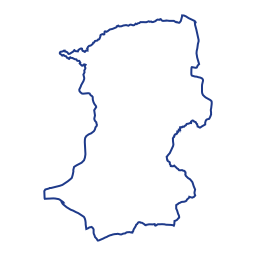 outline of Kenedougou, Kénédougou, Burkina Faso
{"feature_id": "67063806B9375485614542", "entity_name": "Kenedougou", "entity_type": "district", "adm_level": 2, "iso_a3": "BFA", "parent_name": "Burkina Faso", "parent_adm1": "Kénédougou", "projection": "albers", "projection_center": [-4.927, 11.414], "detail": "fine", "context": "isolated", "style": "outline", "palette": "blue", "viewbox_px": 256, "rotation_deg": 0, "n_neighbors": 0, "source": "geoboundaries", "source_scale": "gbopen_adm2", "svg_char_len": 5737}
<svg xmlns="http://www.w3.org/2000/svg" viewBox="0 0 256 256"><path d="M182.1,15.4L182.0,16.7L180.8,21.0L179.6,22.5L179.1,22.8L177.1,22.3L176.9,22.1L176.7,22.3L175.8,22.1L173.9,20.9L169.6,20.9L166.3,20.5L166.2,20.7L162.9,20.9L161.9,20.5L161.3,20.0L160.8,19.2L160.3,19.1L159.4,19.8L157.5,19.6L156.4,20.2L155.5,21.1L153.2,22.0L152.0,22.1L151.1,21.5L149.8,21.8L148.8,21.3L146.3,22.2L140.4,22.1L139.4,23.0L137.7,23.4L136.8,24.1L136.3,24.1L135.7,23.7L134.2,25.1L133.1,25.3L131.1,24.7L130.1,24.7L128.4,25.7L126.1,25.1L123.4,25.5L121.3,26.3L119.2,26.4L118.3,25.6L117.6,25.9L117.5,26.2L116.8,26.3L116.7,26.9L116.1,27.4L112.5,28.9L109.8,29.5L107.5,31.3L106.4,31.8L105.8,31.4L104.9,31.4L104.6,31.7L104.3,34.3L103.7,34.5L102.4,34.1L100.7,34.9L100.4,35.4L100.4,36.4L99.5,38.8L98.9,39.4L98.1,39.5L97.4,40.5L95.0,41.0L94.0,42.6L93.2,42.7L92.6,44.1L90.6,45.6L89.2,45.8L88.0,46.9L87.2,48.5L87.6,48.7L87.7,49.1L87.3,50.0L87.5,50.6L85.7,50.7L84.9,51.9L84.5,51.9L83.8,51.1L82.7,50.9L82.3,50.3L82.0,48.7L81.7,48.5L80.5,48.6L78.5,49.9L77.9,51.4L75.3,51.1L74.4,50.1L74.2,50.2L73.3,51.5L69.7,53.8L68.5,53.9L67.4,52.4L66.3,51.7L65.2,51.6L64.8,50.6L63.7,50.7L63.4,51.1L61.9,51.6L60.5,51.8L59.9,52.5L59.8,53.3L60.2,54.0L61.6,54.8L62.2,55.6L62.6,55.6L63.3,55.0L63.8,55.1L64.5,55.9L66.1,56.3L66.9,57.7L67.7,57.8L68.4,58.6L69.1,58.9L69.5,58.4L69.7,57.7L70.2,57.3L70.8,57.8L72.6,58.0L73.1,58.4L75.1,59.3L76.4,59.4L77.2,60.7L77.8,60.9L79.3,60.9L80.3,62.6L79.7,63.5L81.8,65.6L82.4,65.7L83.8,64.5L84.6,64.4L85.6,64.8L84.7,66.3L85.4,68.0L85.3,68.6L84.3,70.5L84.5,72.4L83.4,74.6L84.2,77.8L84.2,78.9L83.5,81.0L81.1,85.3L80.8,86.4L79.3,89.5L79.4,90.9L80.4,92.3L81.9,93.5L83.0,93.7L88.2,93.2L89.6,93.5L90.7,95.3L91.8,95.9L92.7,97.0L92.8,99.6L93.4,101.9L94.3,103.8L96.0,106.2L96.2,107.1L94.2,110.2L95.0,115.5L94.3,118.4L94.4,119.4L94.9,120.7L96.3,122.3L96.5,123.7L96.9,124.6L96.7,125.9L95.5,127.3L94.9,129.5L93.9,131.2L91.2,133.3L88.6,134.4L86.3,136.1L85.2,137.9L84.9,139.5L84.8,142.1L85.4,153.3L85.4,154.6L84.9,157.7L84.0,160.3L81.6,162.7L76.6,165.3L74.1,166.9L73.3,170.0L73.4,171.4L72.7,174.9L71.8,177.9L70.4,179.2L67.8,181.3L62.4,184.9L59.8,185.8L51.0,188.0L49.7,188.0L48.9,188.5L45.3,189.5L44.3,191.1L44.6,198.2L44.8,198.8L53.2,198.4L55.1,198.5L58.5,199.1L59.5,199.5L63.3,202.2L63.5,202.5L61.9,202.5L62.5,203.6L63.1,204.3L66.6,207.2L70.7,209.7L73.1,210.6L75.9,212.1L78.2,213.1L83.7,216.7L84.0,217.0L84.8,218.5L85.3,220.3L85.6,222.3L85.7,224.6L86.3,229.0L87.8,228.4L89.4,227.4L90.9,227.1L91.3,227.2L91.6,227.0L92.3,227.5L93.2,228.6L93.6,229.5L93.6,232.7L93.8,233.8L94.6,235.6L95.0,237.0L96.7,238.8L97.6,240.4L97.9,240.6L99.1,240.3L103.1,238.6L105.2,237.5L106.6,237.0L108.4,236.0L110.4,235.2L111.1,235.1L112.8,234.5L114.8,234.1L116.7,234.0L117.5,233.8L118.3,233.9L120.2,234.4L121.5,234.4L123.0,233.7L125.4,233.3L126.3,232.5L126.9,232.3L129.6,232.1L131.1,232.5L132.2,232.6L132.2,232.0L132.8,231.8L133.2,231.1L133.3,230.4L133.9,229.0L135.2,227.0L135.2,226.8L135.6,226.3L136.2,224.7L137.1,224.1L138.2,222.5L138.9,222.2L140.0,222.2L140.4,222.6L142.0,222.8L144.0,224.0L144.8,224.8L145.3,225.0L145.3,224.9L146.1,224.9L149.1,224.3L152.8,224.4L154.5,224.1L154.8,224.2L154.9,225.1L155.3,225.6L156.1,225.4L157.7,224.3L162.3,224.2L164.3,224.3L166.1,224.7L170.8,224.9L173.0,225.2L173.8,225.7L174.2,224.7L174.4,223.1L174.5,221.0L175.7,220.6L177.0,219.9L178.6,218.0L179.1,217.7L179.2,217.1L178.9,215.5L178.1,213.8L177.0,210.2L176.2,208.6L176.2,205.1L178.2,203.8L178.6,203.3L180.2,202.7L181.0,202.2L181.9,201.9L184.2,201.7L185.7,201.2L186.4,200.7L187.0,199.5L188.8,198.0L189.2,197.4L189.3,196.8L191.6,197.5L192.4,197.6L192.8,197.3L193.7,197.1L195.2,195.5L194.6,193.8L194.5,193.0L194.5,192.3L195.1,189.5L193.7,186.2L192.6,182.7L192.3,182.0L190.1,179.3L188.0,178.0L185.8,175.8L185.7,175.4L185.3,174.7L185.3,174.4L185.6,173.9L185.4,173.3L185.5,172.3L184.9,171.7L184.7,171.2L184.1,170.8L183.1,170.7L182.6,170.3L182.0,170.1L180.4,170.3L179.1,170.2L178.7,169.8L178.4,169.3L178.0,168.9L177.3,168.6L175.6,166.9L175.3,166.7L174.2,165.6L173.3,166.2L172.9,166.1L172.3,166.3L170.9,166.1L171.0,165.6L170.0,164.4L169.8,163.8L169.9,163.0L169.6,162.1L167.7,160.9L167.3,160.3L167.4,159.6L167.0,159.2L166.9,157.9L166.7,157.1L166.7,156.7L167.2,156.4L167.6,155.6L169.8,153.1L173.1,146.0L173.4,144.4L173.0,141.2L172.9,138.3L173.4,137.5L173.9,137.1L173.8,136.9L174.3,136.4L174.2,135.7L174.8,134.7L175.2,134.6L175.2,134.4L175.6,134.2L176.1,134.1L176.5,133.6L176.8,133.7L177.0,133.6L177.4,132.7L177.3,132.1L177.4,131.8L177.6,131.8L177.4,131.4L178.3,131.1L178.8,130.7L178.8,129.6L179.2,129.6L180.0,129.8L179.8,129.0L180.0,128.7L180.1,129.1L180.3,128.4L180.1,127.5L180.8,127.4L180.7,127.2L181.5,127.1L182.2,127.2L182.5,126.7L183.0,126.5L183.6,126.8L184.1,126.7L185.1,125.6L185.9,125.3L186.6,124.0L186.8,123.9L188.3,123.7L190.5,122.9L191.1,123.0L191.2,122.5L190.9,122.1L191.0,121.6L192.4,120.5L192.7,120.5L193.5,120.8L194.3,121.7L195.5,122.0L195.9,122.4L196.3,123.5L197.1,124.1L197.0,124.6L197.6,125.7L197.6,126.5L198.6,126.9L199.5,127.5L200.3,127.5L202.2,126.2L205.2,124.5L205.2,122.6L205.8,120.6L206.4,119.8L207.0,119.4L209.2,118.8L210.4,116.4L210.7,115.4L211.1,114.6L211.0,114.0L211.1,112.9L210.8,110.0L211.2,108.0L211.7,103.9L211.7,102.0L211.5,101.2L210.4,100.1L205.9,97.6L204.6,96.6L202.9,94.9L202.2,93.2L202.0,91.8L202.0,85.9L202.1,84.6L203.0,80.8L203.0,80.0L202.6,79.1L202.0,78.4L200.3,77.6L198.3,77.2L196.8,76.7L194.9,76.5L192.1,75.7L191.8,75.5L191.4,74.6L191.3,73.1L191.4,69.1L191.6,67.4L191.8,67.1L192.1,67.1L194.4,67.6L195.9,67.8L196.8,67.5L197.7,65.5L199.1,64.1L197.2,57.6L196.5,53.3L196.7,50.9L197.3,48.4L197.9,44.0L198.6,41.3L198.6,39.9L196.3,29.4L195.1,25.0L194.8,22.2L195.5,22.2L195.3,21.6L194.3,20.8L188.6,18.1L186.0,16.4L183.9,15.5L182.1,15.4Z" fill="none" stroke="#1e3a8a" stroke-width="2"/></svg>